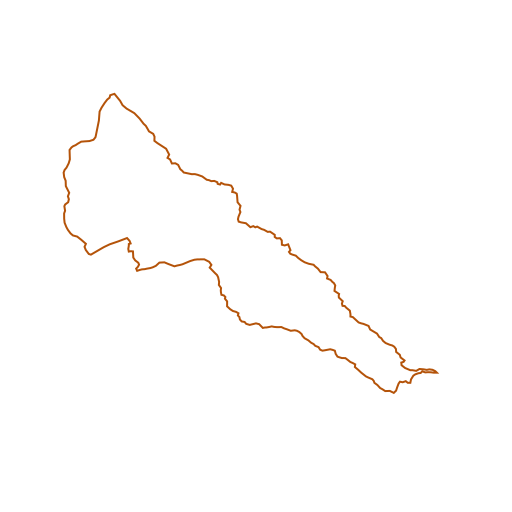 the district of Hulha Negra, Rio Grande do Sul, Brazil, rotated 298°
{"feature_id": "56859067B48560466087967", "entity_name": "Hulha Negra", "entity_type": "district", "adm_level": 2, "iso_a3": "BRA", "parent_name": "Brazil", "parent_adm1": "Rio Grande do Sul", "projection": "equal_earth", "projection_center": [-53.901, -31.514], "detail": "fine", "context": "isolated", "style": "outline", "palette": "amber", "viewbox_px": 512, "rotation_deg": 298, "n_neighbors": 0, "source": "geoboundaries", "source_scale": "gbopen_adm2", "svg_char_len": 4002}
<svg xmlns="http://www.w3.org/2000/svg" viewBox="0 0 512 512"><g transform="rotate(298 256 256)"><path d="M198.0,254.1L196.9,258.2L196.6,261.4L197.3,264.6L197.2,267.4L195.0,267.9L194.3,270.0L192.4,271.6L191.5,274.1L192.4,276.9L191.5,279.2L192.2,282.8L196.5,287.6L197.3,290.8L195.7,295.8L196.9,297.2L197.9,298.9L199.7,301.2L201.2,302.9L201.9,305.3L203.1,308.1L205.2,311.8L205.3,314.8L205.8,317.7L206.3,321.8L208.6,325.1L209.2,327.3L209.2,330.0L208.5,332.9L207.3,334.5L206.2,337.5L206.1,341.9L205.3,345.4L205.3,348.2L204.5,350.5L204.9,354.0L203.4,356.6L203.6,359.1L204.8,360.7L206.4,362.7L208.5,365.3L209.1,367.8L209.4,370.1L207.0,372.3L205.4,375.2L205.7,377.2L206.2,379.7L207.8,382.9L207.3,386.0L206.7,389.1L206.9,391.4L206.9,394.5L204.4,395.4L203.5,399.6L202.4,403.7L201.9,406.4L201.3,409.6L201.4,412.1L201.8,416.6L201.0,418.6L199.6,420.1L199.1,423.7L197.7,427.6L197.7,430.2L197.4,433.5L199.7,437.5L199.8,441.9L202.9,442.9L206.3,442.3L210.3,441.8L212.6,442.1L213.4,444.8L215.8,447.0L215.3,449.5L216.5,451.8L219.8,450.8L224.2,451.1L226.3,452.2L228.8,454.5L230.0,456.3L232.2,456.9L232.7,460.1L234.1,462.3L235.4,464.9L236.3,467.4L237.9,470.4L238.5,468.3L238.4,465.3L237.3,462.3L235.6,460.2L234.7,457.4L233.0,453.4L229.8,451.4L228.6,447.7L227.6,445.8L227.1,440.2L227.9,435.8L230.1,434.3L231.8,436.0L233.5,436.2L234.3,431.3L236.3,429.3L237.1,424.8L239.6,423.2L240.8,420.7L241.0,418.4L240.4,415.6L240.0,411.3L240.7,408.0L242.3,405.1L242.3,402.9L244.3,399.3L244.7,391.3L247.1,388.2L246.5,382.7L245.9,380.4L245.5,377.8L247.5,370.2L246.9,367.8L249.0,366.7L251.8,364.5L252.7,360.0L253.5,357.8L252.6,355.8L254.3,354.2L256.8,353.8L258.2,348.7L259.7,347.7L261.5,347.2L262.0,341.7L265.0,340.5L267.2,339.8L268.6,337.6L269.0,335.5L269.9,333.1L269.5,329.3L271.9,328.6L274.0,324.6L272.1,320.6L273.9,316.6L274.6,313.0L275.3,311.0L273.9,306.2L273.3,301.9L273.5,297.9L274.1,294.1L275.0,291.0L274.3,287.4L274.1,285.2L275.1,283.2L277.3,283.7L281.4,278.9L278.8,276.4L278.1,273.6L281.9,271.4L283.0,268.8L281.3,266.1L281.6,263.6L283.5,262.6L284.1,257.0L282.8,255.0L282.9,250.8L282.4,248.3L282.5,243.2L281.0,241.9L281.1,239.6L278.8,237.5L280.2,231.7L278.7,227.1L278.2,224.6L280.0,222.8L282.5,222.1L287.5,221.6L289.2,219.7L293.0,218.8L294.8,214.5L300.3,211.0L302.0,209.7L302.1,207.4L301.4,204.9L304.6,204.1L306.5,201.1L305.9,198.3L304.4,194.6L304.2,190.9L302.2,190.7L301.7,188.3L303.0,187.2L302.7,183.9L301.1,181.4L300.9,178.9L300.2,176.7L301.0,171.2L300.3,166.4L299.6,163.6L298.1,160.9L295.8,153.0L296.6,150.8L297.1,148.4L299.9,144.5L300.0,141.3L298.2,138.3L300.9,134.8L301.1,131.8L304.8,131.7L308.5,126.3L309.4,115.9L310.0,112.2L313.7,110.4L315.6,107.9L315.8,103.0L317.1,101.0L319.2,97.6L320.0,94.6L322.7,88.7L325.0,81.5L325.4,72.5L326.5,67.4L329.2,63.2L332.7,54.9L331.1,53.3L329.5,51.8L327.1,52.4L324.3,51.2L320.1,50.5L314.5,50.0L310.1,50.1L301.8,53.7L287.0,58.1L285.4,58.5L282.3,57.9L279.3,55.0L276.7,50.8L274.9,48.0L271.5,45.9L269.2,44.7L267.1,43.0L265.2,42.1L262.1,41.6L253.9,46.3L249.9,47.1L245.0,47.2L242.1,46.6L239.3,47.0L237.9,48.0L235.6,49.6L233.1,52.6L228.4,55.3L224.1,61.4L220.4,61.9L218.3,64.1L215.3,64.9L211.9,63.3L210.0,63.4L206.3,66.2L203.5,66.6L198.9,69.1L195.5,71.4L192.5,75.0L190.8,77.6L188.9,81.6L188.2,84.7L189.2,89.0L188.3,94.0L186.9,100.1L183.6,100.3L181.4,102.9L179.3,107.4L179.7,109.6L191.0,116.6L192.7,117.7L197.7,121.4L204.0,127.3L211.3,133.7L210.0,137.3L208.2,139.4L206.9,138.1L205.3,138.9L202.3,139.9L200.2,141.6L201.5,143.3L202.3,145.2L197.0,148.4L195.4,151.4L194.8,155.2L193.5,156.8L191.0,156.8L188.6,156.1L187.1,158.0L189.1,159.9L190.6,161.5L192.2,164.0L193.6,165.6L195.7,168.3L197.5,170.1L200.3,172.2L204.8,173.8L207.4,178.1L207.8,182.5L208.6,188.8L210.6,190.9L212.4,193.1L214.2,195.0L220.7,200.3L223.8,203.4L225.4,205.7L228.8,211.9L228.9,217.4L227.2,220.8L224.0,220.6L221.7,227.7L220.9,230.5L219.5,232.5L215.8,235.6L213.0,236.8L211.3,240.2L209.2,241.0L207.6,242.0L205.5,243.7L206.1,246.1L205.4,248.2L203.7,248.6L202.4,251.8L198.0,254.1Z" fill="none" stroke="#b45309" stroke-width="2"/></g></svg>